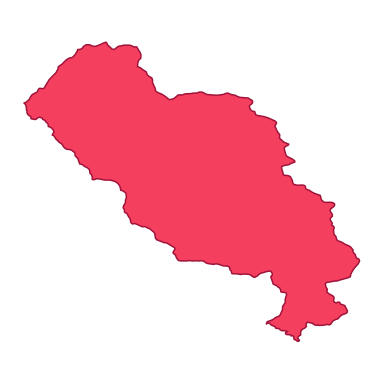 the district of Bagadó, Chocó, Colombia, rotated 269°
{"feature_id": "7082276B12521758233842", "entity_name": "Bagadó", "entity_type": "district", "adm_level": 2, "iso_a3": "COL", "parent_name": "Colombia", "parent_adm1": "Chocó", "projection": "equal_earth", "projection_center": [-76.226, 5.511], "detail": "fine", "context": "isolated", "style": "filled", "palette": "rose", "viewbox_px": 384, "rotation_deg": 269, "n_neighbors": 0, "source": "geoboundaries", "source_scale": "gbopen_adm2", "svg_char_len": 5958}
<svg xmlns="http://www.w3.org/2000/svg" viewBox="0 0 384 384"><g transform="rotate(269 192 192)"><path d="M294.6,38.9L292.7,34.8L291.8,33.6L290.3,32.4L287.4,30.9L284.9,28.0L283.8,25.7L282.0,27.4L281.4,27.5L280.1,27.6L279.5,27.9L277.1,27.8L276.0,28.4L274.2,28.4L272.7,28.9L271.0,30.7L270.3,31.9L269.7,32.3L268.1,32.3L267.3,35.6L267.3,37.1L269.0,39.3L269.3,40.3L269.3,41.1L269.1,42.0L268.4,43.6L267.2,44.1L266.1,46.4L264.8,46.9L263.1,48.9L262.5,49.2L260.0,49.5L259.4,51.1L258.4,52.7L256.9,54.0L255.2,54.9L253.7,54.7L252.6,53.8L251.4,53.3L250.6,54.8L250.2,55.2L247.0,57.1L245.9,58.5L244.5,59.5L241.9,63.0L239.4,64.4L237.8,65.9L237.1,67.1L236.2,71.9L233.4,75.4L232.7,75.7L230.2,75.8L227.5,78.4L222.0,80.2L221.7,81.7L221.1,83.2L219.5,84.8L218.3,87.4L216.8,89.3L215.3,90.0L212.8,90.3L212.3,90.5L211.0,91.8L210.2,92.1L208.1,92.6L206.6,92.4L206.1,93.0L206.0,93.8L206.1,94.7L206.9,96.8L206.9,97.7L206.7,99.5L205.5,104.6L205.3,110.4L203.9,115.2L202.7,117.0L201.1,118.6L198.8,120.1L195.0,120.8L194.3,123.0L193.9,123.7L192.4,125.4L191.1,126.1L187.3,126.3L184.9,125.3L182.6,125.3L179.3,123.3L177.3,122.9L175.7,124.1L173.3,124.1L172.7,124.6L171.4,126.8L168.5,128.1L166.7,129.4L164.3,130.1L163.1,130.1L161.8,130.9L161.2,131.7L161.1,132.6L161.5,133.7L161.1,135.3L158.1,141.7L158.2,144.6L156.9,146.8L155.9,149.2L152.7,152.9L151.2,154.0L146.4,154.7L144.9,155.8L141.9,163.1L141.4,166.0L136.5,173.7L135.3,174.0L132.3,172.1L131.7,172.0L131.0,172.2L129.0,174.5L126.7,175.2L124.3,176.7L123.7,177.4L123.3,179.9L123.2,182.3L123.2,186.6L123.5,187.6L123.5,188.5L123.0,191.1L123.2,195.1L122.9,197.4L123.1,198.8L123.1,200.9L122.5,202.6L120.7,205.1L120.1,206.8L119.2,212.6L119.6,213.3L119.7,215.5L118.7,219.1L117.6,221.8L117.3,226.1L116.6,227.6L116.2,228.0L113.5,228.7L112.5,229.7L109.9,230.4L109.6,230.9L109.4,235.6L108.7,239.0L109.1,243.2L108.6,247.8L108.3,248.6L106.1,251.6L105.5,253.0L106.9,255.9L108.8,257.9L109.8,260.0L109.9,260.9L111.1,265.1L111.6,268.0L111.6,268.7L111.4,269.2L109.4,270.8L107.6,270.8L106.6,269.8L105.4,269.3L104.3,269.8L98.5,271.6L96.5,275.5L95.3,276.5L94.6,277.9L92.5,278.9L90.6,279.2L90.3,279.9L89.9,283.3L89.4,284.3L89.0,284.6L87.3,284.7L83.7,283.4L79.7,283.2L76.0,280.6L72.7,280.4L67.1,277.7L66.5,277.0L65.2,273.7L63.1,270.7L61.7,267.3L61.4,266.0L60.9,265.0L60.5,264.7L60.0,264.7L59.5,264.1L58.9,264.2L59.5,265.8L59.5,266.8L59.0,267.6L57.5,269.0L55.8,272.8L54.7,273.1L54.3,273.5L53.9,276.4L52.7,277.7L51.9,279.0L51.7,280.1L51.7,282.8L51.2,284.2L50.7,284.9L50.1,283.6L49.4,283.0L48.3,283.3L47.8,284.3L47.5,287.8L46.9,288.5L46.4,288.6L46.5,290.3L45.8,291.0L44.4,291.4L43.3,291.3L42.6,292.1L42.2,293.1L41.0,294.6L40.8,295.5L41.3,296.4L41.9,296.8L43.8,295.2L45.1,295.5L46.0,296.2L47.2,298.2L50.0,298.1L51.8,299.0L53.2,300.6L53.6,301.7L54.6,303.1L55.6,304.1L57.4,303.7L59.5,304.6L59.7,305.6L59.6,306.4L58.9,308.7L58.7,310.2L57.6,311.2L56.7,313.2L56.4,317.6L56.6,321.5L57.2,325.2L56.9,326.0L56.8,327.2L57.5,328.4L60.7,330.7L62.0,333.4L62.6,335.6L65.3,338.1L66.5,339.8L68.0,344.0L69.0,345.0L69.7,345.3L70.4,345.3L75.8,342.8L77.4,338.6L79.2,337.6L79.3,335.9L78.7,334.2L79.2,332.8L80.2,331.7L80.7,331.6L82.9,332.1L84.5,332.1L85.9,330.7L87.7,327.4L89.3,325.4L90.0,325.0L91.4,325.5L92.7,325.5L95.0,324.1L97.8,323.8L99.0,324.7L99.3,325.3L99.8,329.4L100.3,331.8L100.6,336.0L101.2,337.5L103.5,346.4L104.5,348.8L107.2,349.4L109.5,350.6L113.1,353.0L117.1,356.8L119.7,358.2L120.7,358.3L122.1,357.5L122.5,356.9L122.8,355.8L123.5,355.2L125.1,354.4L126.4,354.3L128.2,352.7L129.8,351.8L131.2,352.0L134.1,349.8L135.5,347.9L136.7,344.9L139.6,340.1L140.7,336.9L141.1,336.4L142.2,335.8L144.9,335.1L147.2,333.3L151.2,332.8L154.1,333.6L155.2,332.9L156.4,331.2L158.0,331.7L158.7,331.6L161.5,329.7L163.5,330.0L165.3,331.9L166.7,332.0L168.3,331.3L169.8,330.1L171.3,329.7L172.6,330.3L175.2,333.8L175.9,334.2L177.5,334.4L178.7,332.9L179.1,331.9L179.3,330.5L179.3,326.0L179.4,324.3L179.7,323.5L181.9,321.3L186.4,320.1L188.3,314.8L190.0,311.6L191.7,309.3L192.2,307.7L193.0,306.0L193.4,305.6L194.9,305.6L196.1,305.2L196.5,304.7L197.0,303.1L197.0,297.1L197.8,294.0L199.6,292.8L201.6,292.6L205.2,290.9L206.1,289.9L206.5,288.8L206.8,287.9L207.1,285.0L207.4,283.8L214.4,282.0L215.5,282.0L216.3,283.0L216.9,284.8L217.7,289.8L218.9,291.5L219.9,294.8L220.4,295.4L221.1,295.3L221.8,294.7L223.0,293.2L225.4,288.6L226.2,287.4L227.3,286.6L232.5,285.2L234.7,285.0L235.9,286.4L237.4,289.4L238.2,289.5L240.1,285.0L243.7,281.0L244.4,280.5L247.8,280.7L251.3,278.2L255.9,276.3L256.7,276.2L259.3,277.7L259.9,277.7L261.5,276.4L265.0,268.9L266.2,264.9L267.5,258.4L268.0,257.2L271.4,256.0L271.6,254.3L272.0,253.4L273.1,252.1L276.1,250.8L277.7,251.3L279.3,253.5L280.1,254.0L280.9,254.3L281.8,254.1L282.5,253.7L283.1,252.9L283.3,252.2L285.0,249.9L285.8,241.6L286.8,238.9L288.0,236.8L288.9,232.4L289.9,230.5L290.3,229.3L290.0,227.5L289.1,225.4L288.4,220.0L288.4,216.9L289.2,208.8L290.3,206.4L291.0,205.5L291.8,203.1L291.7,200.8L290.8,198.2L290.9,195.8L290.4,192.0L290.3,187.5L290.1,186.4L289.3,184.1L289.3,180.8L289.1,179.6L285.9,175.8L284.9,172.6L284.9,170.5L287.1,168.2L288.7,166.0L290.5,163.3L291.9,159.8L293.1,158.0L294.3,157.2L296.3,157.0L297.3,156.6L299.4,155.5L300.4,155.3L301.6,154.5L304.6,154.5L306.2,154.1L307.0,153.5L308.4,151.0L308.9,150.4L310.3,149.2L312.9,148.3L316.0,143.8L316.8,143.0L318.0,140.7L318.2,140.0L318.6,139.7L321.8,140.0L325.0,141.2L326.3,142.9L327.0,143.2L330.2,143.3L332.1,142.7L338.1,139.2L338.0,136.6L339.6,133.4L339.9,131.6L340.0,126.5L339.2,122.9L339.1,121.4L338.6,120.3L336.5,117.7L336.0,116.7L336.0,116.0L336.6,114.0L337.7,113.3L340.4,110.3L343.0,109.1L343.2,108.2L342.4,105.8L340.7,102.2L339.3,97.8L339.5,95.5L341.0,92.1L341.1,88.9L340.2,87.2L339.0,85.7L337.4,84.5L337.0,83.7L336.5,82.3L336.5,80.2L334.5,79.6L333.6,78.8L332.1,78.1L329.1,75.3L328.6,74.5L328.0,71.5L326.4,68.7L323.7,65.8L322.5,64.8L319.6,60.5L317.1,60.1L315.0,58.7L314.1,58.5L306.9,51.2L298.1,45.7L298.0,44.4L298.3,41.7L298.2,41.1L297.4,40.3L294.6,38.9Z" fill="#f43f5e" stroke="#9f1239" stroke-width="1.5"/></g></svg>